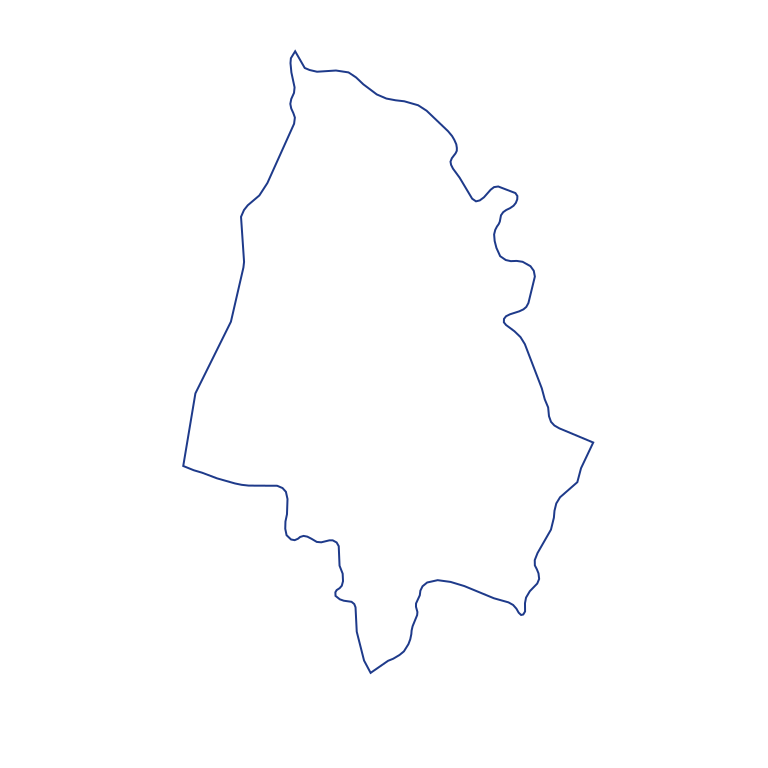 Sibiu, Albers equal-area conic projection, rotated 116°
{"feature_id": "ROU-303", "entity_name": "Sibiu", "entity_type": "County", "adm_level": 1, "iso_a3": "ROU", "parent_name": "Romania", "parent_adm1": "", "projection": "albers", "projection_center": [24.256, 45.858], "detail": "fine", "context": "isolated", "style": "outline", "palette": "blue", "viewbox_px": 768, "rotation_deg": 116, "n_neighbors": 0, "source": "natural_earth", "source_scale": "10m", "svg_char_len": 2410}
<svg xmlns="http://www.w3.org/2000/svg" viewBox="0 0 768 768"><g transform="rotate(116 384 384)"><path d="M545.7,528.5L475.1,549.4L395.1,548.9L341.0,561.4L335.6,563.3L296.4,585.8L289.0,586.1L283.1,584.8L269.2,578.7L254.5,576.9L189.5,578.9L183.6,580.9L180.3,584.2L177.0,588.2L173.3,591.0L168.5,592.3L161.8,592.5L156.6,594.4L144.6,603.8L136.6,608.7L132.0,610.5L123.9,609.7L134.7,593.8L134.4,588.5L132.7,581.1L123.3,564.6L119.5,552.5L120.7,543.5L123.7,534.0L126.9,517.4L126.4,507.0L123.9,497.9L121.0,489.7L118.5,475.5L119.7,465.5L128.7,437.3L131.3,431.5L133.7,427.9L136.9,424.1L139.9,422.0L142.5,420.8L145.3,420.8L151.3,422.0L155.0,421.7L157.6,419.8L160.2,416.4L165.4,406.5L178.8,386.0L179.5,381.4L177.0,378.4L172.4,376.0L162.6,373.3L158.8,371.4L156.4,367.9L154.8,349.6L156.6,346.5L159.6,345.2L163.4,344.9L167.0,345.7L170.7,347.8L174.0,350.4L177.3,352.2L181.1,352.8L187.3,351.1L190.0,351.0L192.9,351.5L196.6,351.6L201.3,350.6L207.0,347.2L212.4,342.6L218.2,335.6L219.2,328.9L218.0,323.9L215.2,318.7L213.4,313.0L213.9,304.0L216.6,299.0L221.3,295.5L247.9,289.7L252.4,289.9L255.8,291.4L259.4,294.3L266.1,301.3L269.6,304.0L272.9,304.7L276.0,303.3L277.5,300.1L279.4,289.9L282.0,281.9L286.4,274.9L318.7,240.3L327.3,232.8L333.1,226.2L340.6,221.6L344.8,217.3L346.6,212.7L347.0,207.0L344.9,170.3L373.3,170.0L387.5,167.2L408.6,176.1L415.8,176.8L423.2,175.2L429.7,172.7L441.7,170.1L468.6,171.9L476.2,171.3L480.9,168.9L483.6,165.3L486.5,162.1L491.2,159.1L496.2,158.8L506.3,162.1L513.7,162.7L519.2,161.2L526.6,157.5L530.1,157.8L531.5,159.5L530.5,162.7L527.9,166.5L526.0,171.1L525.7,176.4L528.4,191.3L530.4,223.2L532.7,237.4L536.8,249.8L543.5,258.2L548.9,260.7L553.8,260.7L558.2,259.2L567.2,259.0L570.2,257.6L574.3,254.0L577.2,252.9L589.2,252.1L593.5,251.1L596.8,249.8L601.9,248.5L607.1,248.0L615.6,248.9L620.8,251.3L626.9,255.3L631.0,259.0L649.5,269.4L641.3,280.7L618.6,299.9L597.2,311.7L594.8,314.3L594.0,317.7L596.4,325.1L596.9,329.3L595.7,334.7L592.5,336.4L590.0,336.2L587.0,334.4L583.8,333.5L579.2,334.4L572.6,338.0L566.8,344.3L549.6,353.6L547.2,357.1L547.0,361.5L548.5,364.6L553.8,371.0L555.4,375.2L554.9,381.2L554.8,386.0L555.8,389.7L558.2,392.3L560.8,393.5L563.5,395.8L564.5,399.4L562.6,405.3L557.4,409.3L550.8,412.3L543.6,414.1L529.7,420.3L523.9,424.9L522.0,429.6L522.3,435.4L534.6,461.0L537.0,467.7L538.7,474.3L542.0,492.7L543.5,508.8L544.9,517.1L545.7,528.5Z" fill="none" stroke="#1e3a8a" stroke-width="2"/></g></svg>